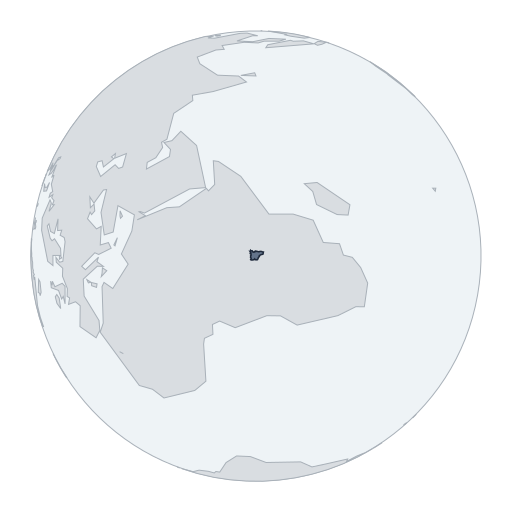 Sud-Kivu on an orthographic globe, rotated 280°
{"feature_id": "COD-1894", "entity_name": "Sud-Kivu", "entity_type": "Province", "adm_level": 1, "iso_a3": "COD", "parent_name": "Democratic Republic of the Congo", "parent_adm1": "", "projection": "orthographic", "projection_center": [28.022, -3.333], "detail": "fine", "context": "on_globe", "style": "filled", "palette": "slate", "viewbox_px": 512, "rotation_deg": 280, "n_neighbors": 0, "source": "natural_earth", "source_scale": "10m", "svg_char_len": 7648}
<svg xmlns="http://www.w3.org/2000/svg" viewBox="0 0 512 512"><g transform="rotate(280 256 256)"><circle cx="256" cy="256" r="225" fill="#eef3f6" stroke="#a8b0b8"/><path d="M124.5,73.1L122.1,74.9L118.6,77.5L115.4,80.0L124.5,73.1ZM33.7,219.8L32.7,231.5L35.2,237.1L35.7,246.5L35.1,252.6L36.8,253.9L36.9,257.8L47.4,262.4L55.7,271.6L57.5,285.3L54.4,301.8L61.0,335.7L58.0,347.7L63.5,361.3L72.0,381.5L69.4,380.8L76.6,390.1L80.4,396.2L80.5,397.1L86.1,403.8L86.4,404.2L76.0,391.4L66.5,377.9L58.1,363.7L50.8,348.9L44.5,333.6L39.4,317.9L35.4,301.9L32.7,285.6L31.1,269.2L30.7,252.6L31.6,236.2L33.7,219.8ZM86.9,404.8L90.1,408.4L94.1,412.7L86.9,404.8ZM123.6,438.3L126.0,440.0L128.0,441.4L123.6,438.3ZM116.9,432.7L114.8,430.5L116.3,431.5L118.1,433.3L116.9,432.7ZM462.6,166.2L463.6,168.5L464.1,172.4L465.4,176.2L462.4,170.8L463.3,177.4L472.6,201.9L474.0,208.6L473.2,219.5L472.3,214.4L464.5,199.9L466.5,215.7L472.5,231.0L474.7,247.8L471.6,241.4L469.0,226.7L466.2,221.1L464.4,207.2L457.4,186.1L454.0,188.8L451.9,180.7L441.7,163.6L435.6,167.3L427.4,186.7L430.2,207.6L425.7,216.4L410.5,185.2L403.3,165.4L398.1,166.8L382.2,150.2L355.5,148.0L351.6,143.2L346.6,145.2L335.4,140.3L329.3,132.6L322.6,133.0L338.9,153.5L346.1,153.3L351.8,145.7L355.0,153.2L365.8,160.3L354.5,178.3L314.6,194.5L310.5,179.0L278.9,138.7L279.7,134.4L279.6,133.9L279.2,133.1L276.5,140.1L271.0,132.7L288.1,159.8L291.1,172.0L314.0,195.4L311.9,197.9L319.3,202.9L342.4,197.4L342.6,202.6L331.8,227.2L299.5,261.5L303.7,285.4L301.2,306.1L281.0,319.9L282.6,336.1L272.1,341.9L271.4,351.1L262.8,361.1L248.7,370.7L224.8,371.5L223.4,363.1L211.5,347.0L195.1,308.5L201.3,290.5L199.1,277.0L181.8,248.0L185.6,231.5L181.0,225.0L171.4,227.2L166.0,219.5L160.2,219.7L124.0,228.4L113.0,219.1L100.2,190.0L106.8,177.2L108.2,163.6L153.9,115.8L163.4,117.2L199.1,109.7L203.6,110.9L199.1,120.6L225.8,131.5L234.6,123.1L259.0,129.4L275.4,129.1L281.6,111.3L254.8,111.2L250.4,102.9L272.0,95.8L295.5,97.3L294.5,94.3L279.9,87.2L285.4,82.1L274.8,84.5L279.0,87.5L272.4,89.4L268.2,86.9L270.4,85.0L263.4,83.6L255.0,94.2L258.3,98.4L239.8,100.7L243.6,108.3L238.5,112.0L230.2,100.8L231.2,96.7L215.6,86.1L212.9,90.4L227.5,101.1L222.8,100.3L219.3,107.5L218.4,101.5L203.2,89.9L186.7,93.7L165.2,112.6L155.6,115.1L147.7,112.7L155.9,94.9L176.5,91.5L179.6,86.2L175.8,79.8L182.4,79.7L183.4,77.0L191.1,75.9L202.5,68.9L210.4,67.8L215.2,60.4L219.9,59.2L215.8,63.7L217.1,66.7L236.9,65.5L240.9,63.9L242.4,59.5L247.7,60.2L246.6,56.2L258.2,54.6L243.1,53.5L244.5,49.4L251.7,46.5L249.4,45.2L237.8,50.2L235.6,52.5L238.0,54.6L229.6,62.2L222.7,63.8L221.3,55.9L211.3,57.7L214.6,51.8L244.1,40.4L256.2,38.9L275.5,43.4L272.5,45.3L264.0,44.4L271.5,48.4L271.1,46.5L275.4,47.5L277.9,44.7L281.1,45.3L277.9,42.0L282.1,42.5L284.1,44.6L291.2,42.0L300.1,43.0L300.2,42.2L297.7,41.1L310.6,43.6L310.1,43.0L305.7,41.8L301.8,40.0L299.9,38.0L304.5,39.0L305.7,39.8L315.3,43.5L318.0,46.2L319.7,46.5L318.4,44.5L306.8,39.8L304.3,38.5L310.4,40.3L308.0,39.5L308.2,39.2L312.7,40.0L306.3,38.0L302.9,35.6L318.8,39.7L334.5,44.8L349.7,51.1L364.4,58.5L378.6,67.0L392.1,76.4L404.8,86.9L416.8,98.2L427.9,110.4L438.1,123.3L447.3,137.0L455.5,151.3L462.6,166.2ZM138.1,138.3L136.8,142.3L138.1,138.3ZM320.5,109.2L334.4,110.6L327.7,99.8L332.5,99.8L328.5,96.4L327.1,99.1L317.2,90.3L323.1,87.9L321.2,83.8L316.4,83.2L307.3,89.2L321.4,101.4L318.4,105.5L320.5,109.2ZM34.5,214.9L34.3,216.3L34.2,216.4L34.5,214.9ZM109.7,84.7L117.0,78.8L111.2,83.4L108.3,86.3L103.2,91.1L105.9,88.3L103.0,90.8L104.5,89.3L109.7,84.7ZM181.0,65.4L183.5,66.5L180.3,69.5L170.3,72.8L174.8,68.2L181.0,65.4ZM187.8,67.5L189.2,59.9L195.6,58.1L191.8,60.3L195.8,59.9L190.8,63.3L195.5,69.9L193.0,73.2L175.7,76.3L182.7,73.2L179.9,72.1L187.8,67.5ZM181.7,49.5L182.3,47.9L195.2,46.0L193.0,47.8L182.9,50.7L179.4,50.3L181.7,49.5ZM182.4,43.1L183.0,42.9L199.7,37.9L216.7,34.2L233.9,31.8L234.5,31.8L229.5,32.3L234.0,32.2L227.4,32.9L228.3,32.9L223.5,33.7L219.2,34.8L216.3,35.2L215.9,35.6L212.6,36.4L211.1,37.1L205.3,38.2L203.0,39.3L201.5,39.3L199.0,41.0L198.3,40.3L194.0,41.8L197.0,41.7L169.3,49.4L158.3,54.2L149.6,59.0L149.4,58.1L157.6,53.5L169.5,48.0L180.1,43.9L179.1,44.3L182.4,43.1ZM208.8,107.2L212.2,107.4L217.7,106.8L215.6,111.6L208.8,107.2ZM198.2,99.3L201.3,98.5L201.0,104.3L197.4,104.4L198.2,99.3ZM203.4,93.5L201.5,98.0L200.4,95.6L203.4,93.5ZM218.7,63.0L222.1,62.3L222.4,63.3L220.4,65.0L218.7,63.0ZM246.3,34.1L243.9,33.8L244.9,33.5L243.8,32.5L248.6,32.3L251.1,32.8L246.3,34.1ZM276.9,114.3L272.0,117.6L269.6,116.0L271.8,115.1L276.9,114.3ZM242.2,114.1L250.0,116.3L241.5,115.4L242.2,114.1ZM251.3,33.6L250.2,33.2L253.3,33.4L251.3,33.6ZM252.0,32.1L255.6,32.2L249.0,32.1L252.0,32.1ZM353.5,418.2L354.0,421.3L350.9,421.3L353.5,418.2ZM339.0,303.4L322.8,339.6L312.3,339.6L310.9,328.7L317.2,306.7L329.4,300.7L335.6,291.0L339.0,303.4ZM478.6,290.5L478.4,291.0L478.8,288.9L478.7,289.9L478.6,290.5ZM478.7,288.2L476.0,284.2L474.2,280.0L475.2,276.4L478.1,279.7L478.7,288.2ZM475.0,276.2L471.6,263.2L462.8,229.5L466.1,230.9L474.4,252.4L474.0,255.5L476.1,265.3L475.0,276.2ZM480.8,241.0L480.9,243.1L481.1,246.3L481.3,256.2L481.1,261.5L480.6,271.3L479.7,268.3L478.9,265.7L478.5,252.3L478.8,246.2L479.6,247.2L479.6,228.7L479.8,230.2L480.8,241.0ZM431.2,209.7L436.2,222.9L433.3,224.7L431.2,209.7ZM478.7,222.0L478.9,223.1L478.6,221.5L478.7,222.0ZM467.5,182.3L466.8,182.6L465.7,179.4L465.9,177.2L467.5,182.3ZM290.6,35.2L286.9,36.4L287.4,38.1L292.6,39.9L283.7,38.4L282.9,35.7L290.6,35.2ZM300.6,35.2L297.9,34.7L300.6,35.2ZM294.8,34.1L297.2,34.5L289.7,33.3L287.8,33.0L294.8,34.1ZM270.5,32.1L269.1,32.4L266.7,32.1L270.5,32.1ZM441.4,384.0L440.4,385.2L442.1,381.8L446.5,375.4L457.6,354.0L457.5,354.9L463.6,341.1L467.2,334.5L460.0,351.7L451.3,368.2L441.4,384.0Z" fill="#d9dde1" stroke="#a8b0b8" stroke-width="1"/><path d="M261.4,260.4L261.4,260.6L261.4,260.9L261.2,261.6L261.1,261.9L261.1,262.2L261.2,262.6L260.3,262.6L259.1,262.6L258.9,262.4L258.8,262.2L258.5,261.3L258.3,261.0L257.8,260.1L257.7,260.0L257.3,259.7L257.2,259.6L257.1,259.4L256.8,259.3L256.8,259.2L256.7,259.2L256.4,259.2L256.4,259.3L256.2,259.4L256.0,259.2L255.9,259.1L255.5,259.0L255.4,259.0L255.3,258.9L255.0,258.7L254.9,258.6L254.7,258.5L253.9,258.5L253.6,258.4L253.3,258.3L252.8,258.1L252.7,258.1L252.5,257.9L252.4,257.7L252.3,257.4L252.5,256.6L252.5,256.4L252.4,256.4L252.4,256.2L252.5,255.8L252.5,255.7L252.4,255.7L252.5,255.5L252.4,255.4L252.5,255.3L252.4,255.3L252.4,255.2L252.3,254.9L252.2,254.8L252.2,254.7L252.1,254.4L251.9,254.2L251.7,254.0L251.7,253.9L251.7,253.7L251.3,252.8L251.3,252.6L251.3,251.9L251.4,251.4L251.5,251.3L251.8,251.4L252.0,251.4L252.2,251.5L252.3,251.6L252.5,251.7L252.8,251.7L253.0,251.6L253.3,251.4L253.5,251.2L253.6,250.9L255.0,250.8L255.2,250.6L255.3,250.6L255.5,250.7L255.6,250.8L255.8,250.9L255.8,251.0L256.2,251.0L256.4,250.9L256.6,250.8L257.0,250.8L257.1,250.7L257.2,250.2L257.3,250.2L257.5,250.0L257.7,250.4L257.8,250.4L257.9,250.5L258.0,250.5L258.2,250.4L258.3,250.4L258.4,250.2L258.5,249.9L258.8,249.9L259.0,249.8L259.2,249.6L259.3,249.5L259.4,249.4L259.4,249.5L259.5,249.6L259.9,249.7L260.0,249.7L260.6,249.7L260.4,250.0L260.3,250.3L260.4,251.0L260.5,251.2L260.4,251.4L260.4,251.5L260.1,251.8L259.9,251.8L259.8,252.0L259.7,252.0L259.4,252.3L259.3,252.5L259.3,252.8L259.4,253.0L259.4,253.3L259.6,253.5L259.8,253.5L260.0,253.7L259.9,253.7L259.8,253.8L259.8,254.0L260.0,254.0L260.2,254.3L260.3,254.4L260.3,254.5L260.5,254.7L260.7,254.8L260.8,254.9L260.8,255.1L260.7,255.2L260.7,255.3L260.7,255.6L260.8,255.7L260.8,255.8L260.7,255.8L260.6,256.0L260.7,256.3L260.7,256.9L260.7,257.0L260.7,257.3L260.7,257.5L260.6,257.8L260.7,258.2L260.7,258.3L260.8,258.4L260.9,258.6L261.2,259.0L261.3,259.4L261.4,260.4Z" fill="#64748b" stroke="#1e293b" stroke-width="1.5"/></g></svg>